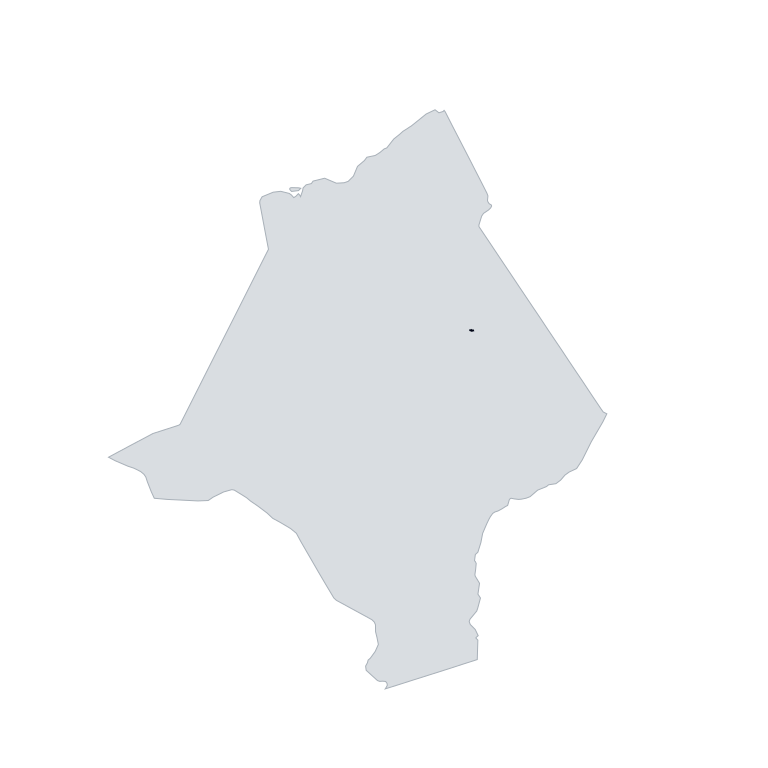 Ruaraka, Nairobi, Kenya shown in context, rotated 207°
{"feature_id": "3690345B35970113576502", "entity_name": "Ruaraka", "entity_type": "district", "adm_level": 2, "iso_a3": "KEN", "parent_name": "Kenya", "parent_adm1": "Nairobi", "projection": "mercator", "projection_center": [36.884, -1.246], "detail": "fine", "context": "in_parent", "style": "filled", "palette": "ink", "viewbox_px": 768, "rotation_deg": 207, "n_neighbors": 0, "source": "geoboundaries", "source_scale": "gbopen_adm2", "svg_char_len": 3390}
<svg xmlns="http://www.w3.org/2000/svg" viewBox="0 0 768 768"><g transform="rotate(207 384 384)"><path d="M171.9,458.6L171.8,449.6L173.1,426.5L172.9,406.3L174.0,396.1L179.0,389.7L181.4,385.0L183.0,378.5L185.6,373.2L191.6,368.9L192.6,366.5L198.9,359.2L202.7,349.9L205.5,346.8L209.1,343.9L211.6,342.3L215.7,340.8L218.9,339.9L219.5,339.2L219.8,337.7L218.7,331.9L220.1,330.0L222.3,326.2L224.8,322.6L227.1,320.3L228.4,318.0L229.0,313.9L229.1,311.0L229.0,306.3L228.3,295.7L225.7,286.7L224.0,276.8L225.2,273.5L223.1,267.6L222.1,267.3L220.4,266.0L218.2,260.5L216.5,255.5L215.5,254.2L208.4,249.8L204.9,239.4L200.9,237.1L198.7,226.7L198.3,223.8L200.6,213.5L200.3,211.1L198.0,208.9L191.3,206.7L185.8,202.5L186.5,201.0L186.9,199.4L184.1,198.4L175.8,180.8L186.5,170.2L197.3,159.4L211.1,145.8L223.8,133.3L234.7,122.5L244.5,112.9L244.3,114.7L244.3,117.2L245.5,118.7L247.5,119.7L250.3,118.6L252.8,117.1L255.2,116.8L269.9,120.8L272.3,124.3L272.2,128.1L272.8,130.8L271.7,133.5L270.4,141.8L270.8,149.4L275.2,155.0L279.1,159.5L282.3,165.6L284.6,167.5L287.8,168.5L297.9,168.8L312.8,169.2L327.2,169.6L328.5,169.7L331.6,170.6L344.8,178.9L356.9,186.6L367.2,193.3L377.1,199.7L386.8,206.0L394.3,211.2L401.7,212.8L413.8,213.6L422.1,213.8L429.8,216.0L441.2,218.0L449.7,219.1L454.9,220.3L469.2,221.5L471.6,220.8L477.9,215.0L484.9,205.6L487.7,200.4L496.8,195.3L512.9,188.1L524.2,183.0L536.8,177.9L542.5,182.4L550.4,189.4L553.9,192.9L556.7,194.5L561.0,195.5L566.2,195.5L569.0,195.4L574.9,194.5L588.5,193.6L596.2,193.7L589.7,203.1L581.9,214.3L567.4,235.0L556.4,245.9L548.1,254.2L547.4,255.6L547.4,264.8L547.5,287.2L547.7,332.1L547.8,376.9L548.0,421.7L548.1,444.1L548.1,451.6L555.4,461.0L562.5,470.2L571.9,482.4L577.0,489.0L577.8,491.1L577.6,495.5L569.8,504.6L563.5,508.8L554.9,510.8L552.4,510.4L549.0,509.1L547.7,511.3L546.7,514.7L544.8,514.0L543.4,513.0L544.2,519.0L545.1,522.0L543.8,526.1L539.7,529.6L539.3,532.6L530.3,540.4L517.6,541.3L510.9,545.2L507.9,548.3L505.6,555.3L506.4,565.9L502.9,574.2L502.2,578.3L495.6,583.6L492.7,588.5L490.6,593.5L488.7,595.6L486.5,606.8L483.4,613.6L482.6,615.8L481.8,617.8L479.4,621.8L477.9,624.5L476.8,626.3L469.0,643.7L463.0,651.5L458.2,650.6L455.0,653.7L454.7,655.1L453.0,654.3L449.0,651.4L440.9,645.5L432.7,639.6L424.6,633.8L416.4,627.9L408.2,622.0L400.1,616.1L391.9,610.2L383.8,604.3L379.0,600.8L376.8,598.8L375.2,594.7L374.4,593.7L372.2,592.4L369.6,592.2L368.9,591.4L368.9,589.4L369.8,586.6L372.8,581.2L373.2,578.0L372.6,574.4L371.6,568.7L370.8,567.3L365.4,564.3L354.1,558.0L342.7,551.6L331.4,545.3L320.1,539.0L308.7,532.6L297.4,526.3L286.1,520.0L274.7,513.7L263.4,507.3L252.1,501.0L240.7,494.7L229.4,488.3L218.1,482.0L206.7,475.7L195.4,469.3L184.1,463.0L179.8,460.6L176.0,458.6L171.9,458.6ZM549.0,520.1L547.0,520.6L548.0,517.5L553.8,513.6L556.2,514.5L556.7,515.4L556.5,516.2L555.5,517.0L549.0,520.1Z" fill="#d9dde1" stroke="#a8b0b8" stroke-width="1"/><path d="M331.9,471.0L331.8,470.9L331.7,470.9L331.4,470.8L331.2,470.9L331.0,471.0L330.9,471.0L330.7,471.0L330.4,471.0L330.2,471.1L329.9,471.2L329.7,471.1L329.5,471.3L329.4,471.5L329.0,471.9L328.9,472.0L328.7,472.1L328.8,472.2L328.8,472.3L329.0,472.4L329.2,472.2L329.3,472.1L329.5,472.1L329.7,471.9L329.8,471.9L330.0,471.8L330.0,471.7L330.3,471.6L330.5,471.6L330.7,471.9L330.8,471.9L330.8,471.7L331.0,471.5L331.0,471.4L331.3,471.2L331.5,471.1L331.8,471.1L331.9,471.0Z" fill="#0f172a" stroke="#020617" stroke-width="1.5"/></g></svg>